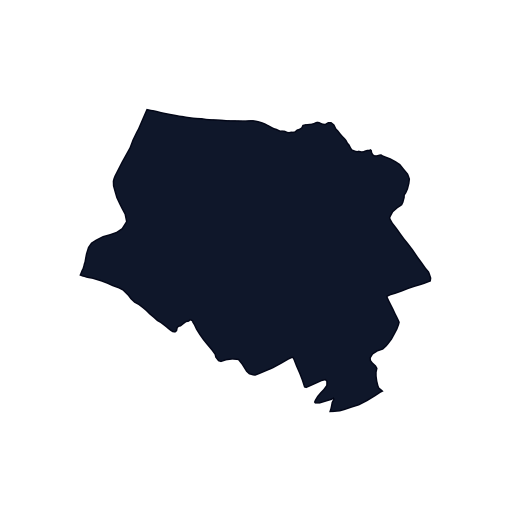 Ba Phnum, Prey Vêng, Cambodia, rotated 159°
{"feature_id": "14789045B90581067324200", "entity_name": "Ba Phnum", "entity_type": "district", "adm_level": 2, "iso_a3": "KHM", "parent_name": "Cambodia", "parent_adm1": "Prey Vêng", "projection": "albers", "projection_center": [105.415, 11.288], "detail": "fine", "context": "isolated", "style": "filled", "palette": "ink", "viewbox_px": 512, "rotation_deg": 159, "n_neighbors": 0, "source": "geoboundaries", "source_scale": "gbopen_adm2", "svg_char_len": 3864}
<svg xmlns="http://www.w3.org/2000/svg" viewBox="0 0 512 512"><g transform="rotate(159 256 256)"><path d="M299.5,145.2L295.4,145.2L289.4,145.4L280.5,145.7L270.7,147.0L262.7,148.3L259.2,148.5L257.8,148.1L257.5,145.7L257.5,139.0L257.1,130.7L257.1,123.8L257.5,116.4L256.2,115.4L251.6,115.6L246.2,115.9L239.6,116.3L235.6,115.8L234.6,113.7L236.2,109.7L240.5,106.9L244.4,105.1L248.6,102.8L252.2,100.0L253.5,98.6L253.2,97.6L249.2,96.1L242.1,95.6L237.1,95.2L234.7,95.5L234.6,94.3L237.3,91.9L238.4,90.1L240.5,86.8L242.5,84.3L239.6,83.3L233.2,81.5L228.6,81.1L221.1,80.8L213.4,80.3L204.2,81.3L195.0,83.0L188.8,84.4L186.5,84.6L187.2,86.0L188.8,88.8L188.8,91.2L188.2,95.9L187.0,100.9L185.6,104.6L183.5,107.8L183.9,110.5L185.9,114.6L186.7,117.4L186.0,120.0L182.4,122.8L176.9,124.0L171.0,123.8L166.8,125.5L164.6,126.7L159.4,129.9L154.7,133.9L150.7,137.4L147.6,140.9L146.2,142.9L146.3,145.1L146.6,148.7L147.0,152.4L147.3,157.2L147.8,162.0L148.3,166.9L148.5,170.4L148.2,171.5L144.5,171.8L139.6,171.4L132.7,171.2L125.5,171.3L118.9,171.0L112.8,170.5L109.1,170.3L105.4,170.3L102.3,170.3L100.9,172.8L100.7,177.0L100.7,179.2L102.3,183.8L103.9,190.2L105.8,197.1L107.7,205.3L110.0,213.2L111.9,219.0L113.8,226.1L114.3,228.2L115.3,231.9L117.1,237.8L117.8,242.7L117.3,244.3L112.6,248.4L107.0,250.5L101.7,251.7L99.6,253.7L97.6,256.5L96.9,257.4L95.8,259.9L93.6,261.4L90.6,264.4L87.3,269.1L85.3,272.9L85.2,276.0L85.2,278.1L87.3,284.3L89.0,289.7L91.9,293.8L95.9,298.5L99.6,301.8L102.1,304.1L103.1,305.5L104.3,305.8L107.4,306.1L109.6,307.0L110.7,308.5L111.0,310.0L111.1,311.3L110.7,313.0L111.1,314.0L112.3,313.9L114.3,314.6L116.5,314.8L118.2,314.7L120.3,315.3L122.6,316.9L124.0,317.0L125.7,318.0L126.7,318.9L128.6,320.6L129.1,322.9L129.5,326.5L130.3,328.5L130.7,331.7L131.3,333.5L132.7,336.7L133.9,340.1L134.9,343.5L136.0,345.9L136.4,350.4L138.2,353.5L140.7,354.5L142.5,354.2L144.2,353.9L146.5,355.1L147.8,356.2L149.4,357.9L151.0,358.8L152.9,358.9L154.2,358.7L155.7,358.9L157.0,359.0L158.7,359.5L161.3,360.2L162.7,360.7L165.4,361.0L166.3,360.1L167.2,359.2L169.1,358.7L171.0,358.6L172.3,358.8L175.3,357.7L176.9,358.1L178.9,358.9L180.4,359.1L182.1,359.7L183.4,360.9L184.6,362.1L186.8,363.2L188.7,363.8L190.3,365.4L191.7,366.9L193.7,368.4L195.1,369.9L198.0,373.3L198.7,374.0L200.4,376.0L202.8,378.2L205.8,380.5L207.8,381.8L210.0,383.1L211.4,383.7L214.2,384.7L217.1,385.6L220.0,386.7L223.6,388.2L226.8,389.5L231.4,391.3L235.3,392.9L239.1,394.8L242.8,396.5L246.2,398.0L249.6,399.4L253.5,401.2L257.4,403.5L261.5,405.3L265.1,407.0L268.4,408.8L271.5,410.5L274.7,412.5L277.3,413.8L280.6,415.9L283.4,417.6L285.4,418.8L287.8,420.3L291.0,422.3L293.6,424.0L296.9,426.4L299.6,428.2L302.0,429.5L304.2,431.0L305.3,431.7L312.1,424.8L320.1,416.6L322.8,414.3L329.2,408.3L334.7,402.1L347.1,391.7L358.9,381.1L360.8,379.0L362.3,376.9L363.8,372.5L364.4,366.4L364.9,360.4L364.4,353.5L363.9,348.4L363.1,342.0L364.0,336.7L364.4,334.4L371.1,329.4L377.6,327.9L384.5,328.1L391.8,328.8L399.5,328.0L404.9,326.9L409.2,324.0L413.4,318.7L415.7,315.0L417.6,311.8L418.2,311.0L419.0,310.1L420.2,308.3L422.0,306.0L423.5,304.7L424.7,303.4L425.5,302.5L426.8,301.2L425.8,300.3L424.8,299.4L423.5,298.6L421.6,297.0L419.9,295.9L416.5,293.9L412.8,291.0L409.1,288.1L404.3,283.8L400.4,279.8L395.3,275.4L392.2,271.9L389.1,265.0L388.0,261.0L386.6,258.1L385.8,256.4L382.7,252.8L380.0,248.4L378.1,245.0L375.9,240.1L373.2,235.3L371.1,231.1L368.7,228.2L366.1,224.0L364.8,221.8L363.8,219.9L362.2,217.2L360.8,215.3L358.8,214.2L357.0,214.8L355.7,216.8L355.2,217.5L353.5,218.2L351.5,217.9L348.7,218.8L344.9,219.9L342.2,219.4L340.4,220.2L339.2,219.1L338.3,217.8L338.6,217.0L338.0,213.8L337.7,209.1L336.5,202.9L334.9,196.6L333.2,191.4L330.6,183.8L329.3,178.9L329.7,176.0L328.4,171.7L326.5,170.2L321.0,169.9L314.9,168.4L309.4,165.7L307.6,160.1L306.0,151.8L304.4,148.5L301.2,146.1L299.5,145.2Z" fill="#0f172a" stroke="#020617" stroke-width="1.5"/></g></svg>